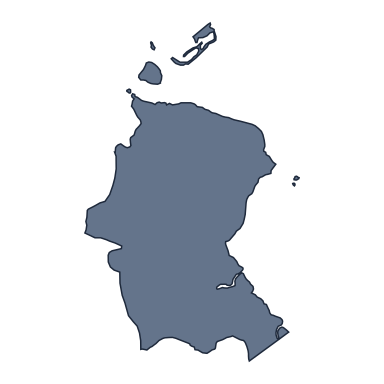 Ngermid, Koror, Palau (Albers equal-area conic projection)
{"feature_id": "81905179B43507284949030", "entity_name": "Ngermid", "entity_type": "district", "adm_level": 2, "iso_a3": "PLW", "parent_name": "Palau", "parent_adm1": "Koror", "projection": "albers", "projection_center": [134.502, 7.348], "detail": "fine", "context": "isolated", "style": "filled", "palette": "slate", "viewbox_px": 384, "rotation_deg": 0, "n_neighbors": 0, "source": "geoboundaries", "source_scale": "gbopen_adm2", "svg_char_len": 5327}
<svg xmlns="http://www.w3.org/2000/svg" viewBox="0 0 384 384"><path d="M140.8,349.3L141.1,349.2L142.7,349.1L146.9,350.0L150.2,347.3L152.0,346.5L154.6,344.5L155.9,343.6L159.0,340.5L162.9,338.4L164.9,337.8L169.0,337.5L172.5,337.4L175.9,338.3L178.6,339.4L188.1,343.1L189.7,343.8L190.2,345.2L191.6,346.1L192.4,346.4L194.3,347.1L195.0,349.7L198.1,350.1L199.7,351.1L202.7,352.8L207.0,353.3L209.1,352.0L212.1,349.9L214.7,349.1L215.4,348.1L216.1,343.2L217.3,341.5L222.5,339.7L225.1,338.4L226.7,337.5L230.8,336.6L232.6,335.9L239.7,339.5L241.6,340.1L243.6,340.5L245.2,342.4L246.9,346.5L248.1,350.7L248.5,353.7L248.5,356.1L248.7,358.9L249.3,361.0L278.7,339.5L277.1,338.2L276.1,335.0L276.0,332.6L276.6,329.4L278.2,326.3L281.4,324.9L282.3,323.3L282.6,321.1L282.0,319.6L280.2,317.9L275.3,316.2L273.3,315.3L271.1,314.8L269.7,312.8L269.2,310.5L267.9,307.9L266.4,304.5L264.0,303.8L262.9,300.8L260.7,298.7L257.2,297.1L255.3,294.8L251.4,292.9L252.8,291.0L253.5,289.0L253.0,286.4L250.5,284.1L249.5,282.1L247.5,280.4L246.0,278.8L244.8,276.7L243.4,273.7L241.9,272.9L240.2,273.9L237.3,276.8L236.1,278.2L235.5,279.1L234.9,281.2L235.1,283.1L235.1,284.7L235.0,285.6L232.7,286.6L229.4,287.4L227.3,288.1L224.0,287.9L222.5,287.5L220.2,288.4L218.3,289.0L217.2,289.2L216.7,288.6L216.7,287.6L217.2,286.6L218.2,286.0L219.6,284.8L220.8,284.3L222.5,284.3L224.8,284.2L226.4,284.4L227.0,285.2L228.3,285.4L230.1,285.4L231.0,284.9L232.1,283.7L232.5,281.9L232.9,279.5L234.5,277.0L236.2,274.5L237.1,274.0L237.9,274.0L238.7,273.5L239.9,272.9L241.8,270.9L242.0,270.7L242.3,270.4L242.7,269.8L243.0,269.2L243.0,268.1L242.4,267.5L240.8,266.6L239.0,265.7L237.8,263.9L236.8,261.6L233.5,257.6L229.2,255.5L228.0,250.6L225.8,244.8L225.5,243.2L225.7,241.6L228.0,241.0L229.4,240.2L234.8,233.9L236.4,231.1L240.0,228.5L243.1,223.4L244.2,219.3L245.2,214.5L246.1,202.7L246.7,199.6L247.7,197.5L248.7,195.8L251.8,193.7L252.9,191.8L254.8,186.4L255.7,185.0L258.0,182.3L258.6,179.0L260.2,177.3L262.1,176.8L264.3,175.5L265.7,174.7L267.8,174.3L270.9,173.4L271.1,170.5L275.8,164.2L273.2,162.3L271.8,160.5L269.3,156.4L266.2,154.7L265.7,152.3L263.8,151.3L263.6,149.6L264.8,146.5L264.8,144.5L264.2,140.2L262.9,134.7L261.4,131.4L258.7,128.7L255.2,125.8L252.0,124.3L240.3,121.2L234.1,119.8L231.4,118.8L228.7,117.6L225.2,117.1L222.4,116.4L215.9,113.5L212.2,112.8L210.8,112.0L208.5,110.3L204.9,109.3L202.4,107.4L197.2,106.7L195.4,104.7L194.0,103.8L190.7,102.8L181.0,102.8L178.7,103.9L172.5,104.9L169.5,103.4L166.6,104.9L165.9,103.1L164.5,102.6L161.2,103.0L159.2,102.1L157.1,102.7L155.1,104.5L151.9,103.0L143.7,101.2L141.5,100.4L137.4,97.3L135.1,96.6L134.7,94.5L132.6,93.8L131.6,95.5L132.0,97.0L134.1,98.9L132.6,101.1L132.0,104.5L131.5,106.2L133.7,109.1L136.7,115.3L137.7,117.0L140.3,120.0L140.9,121.9L141.1,123.6L139.3,126.0L136.1,129.4L135.2,131.2L134.7,133.1L134.1,135.0L132.3,136.4L130.7,137.6L130.2,139.3L130.5,142.8L130.9,145.5L129.9,146.9L127.4,147.7L125.6,147.2L123.8,146.1L120.8,143.9L118.2,144.8L116.4,146.4L115.6,147.8L115.2,152.2L114.6,152.1L116.1,156.3L116.1,160.1L116.2,168.9L115.0,177.0L114.7,178.6L112.9,185.4L109.7,194.6L105.0,201.4L100.0,202.9L94.7,205.9L92.4,207.1L88.4,209.1L87.3,210.4L86.9,217.3L85.9,221.5L86.8,225.2L86.1,229.9L84.9,233.0L95.0,237.8L100.7,237.8L106.4,239.7L109.6,241.1L115.1,243.0L121.7,246.0L121.4,248.6L112.1,250.8L109.3,252.5L108.2,255.2L108.3,262.0L110.4,267.0L114.1,270.1L119.8,272.1L120.0,283.2L121.3,290.4L122.2,295.3L125.0,303.1L128.5,315.7L133.2,321.6L137.2,326.1L139.5,333.0L140.7,340.7L140.8,348.3L140.8,349.3ZM157.4,66.8L154.7,64.4L151.7,62.5L148.8,62.0L146.3,63.0L145.5,65.5L143.5,69.5L141.1,72.4L139.0,75.0L138.7,77.4L140.8,80.0L143.5,80.0L145.9,80.5L147.4,81.8L147.9,82.2L150.9,83.5L153.2,83.9L157.7,84.2L160.4,83.1L160.3,82.5L161.4,79.4L161.8,75.7L160.5,72.8L160.3,70.7L159.0,68.8L157.4,66.8ZM210.1,23.0L207.7,24.6L193.0,36.8L193.6,37.6L194.6,39.1L195.1,40.8L195.8,42.5L197.0,42.5L197.7,39.9L198.5,37.8L202.9,37.6L207.0,35.8L209.9,32.9L212.6,32.0L213.4,32.0L214.0,33.9L214.3,36.7L214.4,39.2L212.3,40.6L209.5,41.9L205.8,44.3L203.9,46.9L203.1,48.6L201.5,49.5L200.4,48.6L200.4,45.3L202.2,43.3L201.7,42.2L199.7,43.9L198.1,45.6L196.6,46.8L193.0,47.9L186.8,51.9L183.6,55.1L183.5,56.5L184.6,56.5L187.8,53.2L192.4,50.1L195.8,47.9L198.3,48.5L198.8,51.0L196.8,54.8L193.9,56.8L191.5,59.6L188.5,61.6L187.5,62.2L180.0,62.2L172.6,57.5L171.2,58.8L174.2,62.1L175.9,63.5L180.4,65.1L183.5,65.1L185.5,63.9L188.2,64.2L196.1,57.8L207.2,47.0L207.9,45.5L208.6,44.0L211.4,42.9L213.7,41.9L215.8,40.2L216.0,36.6L214.2,31.0L214.1,30.5L214.1,29.5L212.3,28.4L212.0,28.2L210.6,27.9L209.6,26.8L210.6,24.5L210.1,23.0ZM288.7,332.1L286.2,329.8L283.4,327.6L281.9,327.1L279.6,328.2L277.9,331.0L277.7,332.7L278.0,335.0L278.7,337.5L279.4,339.0L279.9,338.6L288.7,332.1ZM151.4,45.5L151.0,47.1L152.4,49.0L154.1,49.8L155.0,47.8L154.0,46.5L153.0,44.7L152.3,42.8L151.1,41.9L150.7,42.5L150.7,43.0L151.4,45.2L151.4,45.5ZM294.0,178.7L294.0,179.7L295.4,180.0L296.7,180.0L296.9,179.9L297.3,179.5L298.8,178.7L299.1,177.7L298.0,177.3L297.3,176.6L296.4,176.2L295.1,176.6L294.7,177.9L294.0,178.7ZM127.5,90.0L126.8,90.4L126.9,91.4L128.1,92.1L128.8,92.8L129.9,93.1L130.6,92.4L130.6,91.0L130.5,89.8L129.1,89.1L128.5,89.5L127.5,90.0ZM292.7,183.5L292.9,184.2L293.3,185.0L294.4,185.9L295.0,185.0L294.9,183.9L294.4,183.3L293.6,183.2L292.7,183.5Z" fill="#64748b" stroke="#1e293b" stroke-width="1.5"/></svg>